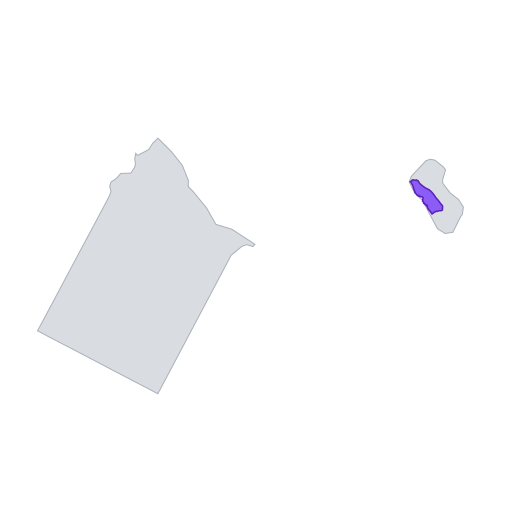 Riaba, Bioko Sur, Equatorial Guinea shown in context, rotated 118°
{"feature_id": "11065452B69866248222639", "entity_name": "Riaba", "entity_type": "district", "adm_level": 2, "iso_a3": "GNQ", "parent_name": "Equatorial Guinea", "parent_adm1": "Bioko Sur", "projection": "orthographic", "projection_center": [8.763, 3.41], "detail": "fine", "context": "in_parent", "style": "filled", "palette": "violet", "viewbox_px": 512, "rotation_deg": 118, "n_neighbors": 0, "source": "geoboundaries", "source_scale": "gbopen_adm2", "svg_char_len": 3943}
<svg xmlns="http://www.w3.org/2000/svg" viewBox="0 0 512 512"><g transform="rotate(118 256 256)"><path d="M423.7,278.0L423.9,304.9L424.1,327.7L424.2,352.3L424.4,378.0L424.6,399.7L424.6,413.8L400.9,413.7L369.3,413.7L337.7,413.7L306.1,413.6L290.2,413.6L272.7,413.6L267.1,414.3L263.2,417.9L258.6,418.7L253.2,415.7L246.6,414.2L244.8,411.1L241.6,405.4L235.0,404.8L231.8,405.4L227.1,408.7L221.8,410.4L222.8,407.8L212.4,400.7L204.9,400.1L198.0,397.9L203.6,379.6L210.6,363.5L221.0,351.3L226.6,348.3L228.4,342.3L236.7,322.4L246.9,306.2L243.7,289.9L246.2,262.4L249.1,263.1L249.6,265.7L250.4,269.6L254.2,273.0L267.0,278.3L305.0,278.2L327.7,278.2L361.2,278.1L396.7,278.0L423.7,278.0ZM122.4,93.3L125.2,93.8L142.6,93.3L147.3,99.5L146.8,108.5L128.9,135.0L125.6,146.1L118.7,155.5L112.7,156.3L92.1,150.7L88.6,147.4L87.4,142.9L89.4,132.3L90.9,129.1L100.8,127.1L104.0,125.4L109.2,114.1L111.0,103.7L115.4,95.9L122.4,93.3Z" fill="#d9dde1" stroke="#a8b0b8" stroke-width="1"/><path d="M124.5,114.5L124.2,114.9L123.9,115.3L123.7,115.9L123.5,116.4L123.2,117.1L123.1,117.5L122.8,118.1L122.6,118.7L122.2,119.3L121.8,120.1L121.5,120.8L121.2,121.5L120.9,122.2L120.7,122.8L120.5,123.5L120.2,124.2L119.8,125.0L119.5,125.5L119.1,126.3L118.7,126.9L118.5,127.4L118.2,128.0L117.9,128.8L117.7,129.4L117.3,130.2L117.1,130.8L116.9,131.4L116.7,132.2L116.6,132.9L116.3,133.7L116.2,134.7L116.3,135.5L116.4,136.5L116.3,137.2L116.4,138.2L116.3,138.7L116.2,139.6L116.1,140.6L115.9,141.6L115.8,142.4L115.6,143.3L115.4,144.0L115.3,144.8L115.1,145.4L114.8,146.2L114.3,146.8L113.9,147.5L113.4,148.5L113.5,148.8L113.6,149.0L113.8,149.3L113.5,149.7L113.5,150.0L113.8,150.2L113.9,150.5L114.2,150.7L114.3,151.0L114.6,151.3L114.6,151.5L114.7,152.3L115.0,152.9L115.1,153.4L115.4,153.5L115.6,153.7L115.9,153.7L116.2,153.7L116.4,154.0L116.9,153.9L117.1,154.1L118.0,154.7L118.1,154.3L118.0,154.2L118.3,153.5L118.4,153.4L118.7,153.1L118.8,152.9L119.1,152.7L119.2,152.4L119.3,152.3L119.5,151.9L119.7,151.5L119.7,151.3L119.9,150.9L120.2,150.7L120.5,150.4L120.6,150.0L121.3,149.7L121.5,149.3L121.7,149.1L122.0,149.0L122.5,148.3L122.8,148.0L123.1,147.9L123.4,147.4L123.6,147.3L123.8,146.8L123.9,146.7L124.0,146.6L124.1,146.4L124.5,146.1L124.8,146.0L124.9,145.9L125.0,145.7L125.2,145.3L125.5,145.2L125.7,144.8L125.8,144.2L125.9,143.9L126.0,143.7L126.3,143.1L126.3,142.9L126.5,142.7L126.4,142.6L126.5,142.3L126.7,141.8L126.6,141.4L126.4,141.2L126.5,141.0L126.4,140.9L126.7,140.8L126.6,140.5L126.7,140.3L126.4,140.1L126.4,139.9L126.7,139.6L126.5,138.6L126.4,138.4L126.3,138.2L126.1,138.2L126.1,137.9L126.0,137.7L125.8,137.3L125.7,137.1L125.7,136.8L125.7,136.7L125.8,136.5L125.9,136.3L126.2,135.8L126.5,135.6L127.1,135.5L127.7,135.6L127.8,135.5L128.0,135.4L128.2,135.2L128.3,135.0L129.0,134.8L129.1,134.6L129.3,134.6L129.3,134.4L129.3,134.2L129.4,133.9L129.7,133.4L129.9,133.4L130.0,133.2L130.3,133.2L130.6,132.9L130.7,132.7L130.8,132.5L130.8,132.2L130.9,131.8L130.6,131.9L130.4,131.7L130.5,131.6L130.8,131.3L130.9,131.2L131.0,131.1L131.0,130.9L131.1,130.7L130.9,130.7L131.1,130.2L130.9,129.9L131.0,129.7L131.2,129.4L131.1,129.2L130.9,129.0L130.9,128.9L131.1,129.0L131.2,128.9L131.3,128.6L131.6,128.7L131.7,128.8L131.8,128.7L132.0,128.3L132.0,128.1L132.3,127.7L132.8,127.3L132.8,127.2L133.0,126.9L133.1,126.5L133.3,126.3L133.4,126.2L133.6,126.2L133.8,125.6L133.8,125.4L134.0,125.2L134.1,124.8L134.4,124.6L134.5,124.5L134.6,123.3L134.7,123.1L135.0,122.9L135.1,122.7L135.3,122.4L135.2,122.2L135.5,121.9L135.5,121.7L135.7,121.2L135.9,121.0L135.9,120.7L136.0,120.5L136.2,120.3L135.5,119.9L135.0,119.6L134.7,119.5L134.4,119.6L134.0,119.5L133.7,119.2L133.4,118.8L132.9,118.5L132.4,118.2L131.9,117.9L131.8,117.5L131.7,117.1L131.5,116.8L131.2,116.6L130.6,116.0L130.3,115.7L129.9,115.4L129.7,114.9L129.5,114.5L129.3,114.1L129.0,113.7L128.7,113.4L128.3,113.2L127.9,113.0L127.4,113.2L127.0,113.3L126.5,113.7L126.1,113.8L125.6,114.0L125.1,114.3L124.5,114.5Z" fill="#8b5cf6" stroke="#5b21b6" stroke-width="1.5"/></g></svg>